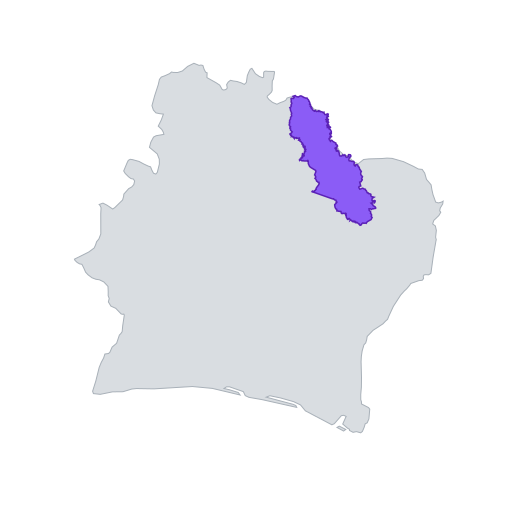 Tchologo, Savanes, Ivory Coast shown in context, rotated 18°
{"feature_id": "98640826B18937667882346", "entity_name": "Tchologo", "entity_type": "district", "adm_level": 2, "iso_a3": "CIV", "parent_name": "Ivory Coast", "parent_adm1": "Savanes", "projection": "mercator", "projection_center": [-4.919, 9.548], "detail": "fine", "context": "in_parent", "style": "filled", "palette": "violet", "viewbox_px": 512, "rotation_deg": 18, "n_neighbors": 0, "source": "geoboundaries", "source_scale": "gbopen_adm2", "svg_char_len": 9629}
<svg xmlns="http://www.w3.org/2000/svg" viewBox="0 0 512 512"><g transform="rotate(18 256 256)"><path d="M118.8,107.1L120.5,107.0L124.8,105.7L128.8,102.8L132.4,96.8L137.4,91.9L143.0,92.3L144.6,91.4L146.6,91.2L148.9,94.4L151.3,96.8L152.9,96.9L154.2,101.5L164.3,103.5L168.7,104.7L172.4,108.1L173.7,108.2L175.2,107.5L176.4,106.3L176.7,105.0L175.1,102.0L175.8,99.2L177.4,96.8L180.0,96.6L184.0,95.9L188.5,95.9L191.9,96.4L193.2,93.9L192.0,87.1L192.3,83.3L192.8,80.1L194.1,78.8L199.1,82.8L203.7,84.2L207.1,84.4L208.0,83.6L206.6,79.2L206.9,77.9L208.2,77.1L210.3,76.7L216.2,74.9L216.8,75.3L217.9,82.2L217.4,84.4L218.7,89.1L220.2,93.5L220.1,95.2L218.8,97.9L217.3,100.4L217.5,101.4L219.8,103.1L224.3,104.8L229.0,105.2L231.6,102.7L234.3,100.6L236.1,98.8L236.8,96.1L239.7,94.1L248.1,91.6L255.9,91.2L257.8,92.0L261.3,95.8L265.7,98.4L272.5,98.1L277.4,99.6L281.6,102.5L284.5,109.0L287.6,113.7L288.9,120.4L293.8,123.9L297.7,125.4L302.9,130.3L308.3,132.7L313.9,132.2L316.5,134.7L320.7,136.5L324.8,136.6L328.5,131.0L333.3,128.8L345.6,124.4L350.4,122.4L355.3,121.1L367.1,120.7L378.1,122.1L383.5,123.1L387.3,122.3L390.8,125.0L394.5,130.5L397.5,132.3L400.5,134.2L402.8,138.6L405.4,143.0L406.9,144.9L410.2,149.2L413.0,149.2L415.8,147.4L417.0,146.0L417.5,148.8L416.4,153.4L416.7,156.2L418.2,157.3L417.4,161.0L414.1,167.2L414.1,170.9L417.3,172.0L419.6,175.9L421.0,182.6L422.4,184.8L422.5,186.2L424.8,202.3L427.7,218.5L425.9,220.6L423.4,221.2L421.7,222.0L421.3,223.5L422.3,225.7L421.6,227.7L418.5,229.1L411.7,234.3L411.2,236.3L409.4,240.7L407.9,243.4L405.7,248.3L402.2,261.4L400.9,272.2L400.7,275.6L399.3,277.9L397.7,281.3L390.3,290.5L386.6,298.1L387.1,301.4L387.2,304.7L386.1,307.1L386.3,313.5L387.2,318.9L388.6,324.1L393.9,339.0L396.7,348.0L398.4,355.3L400.0,360.2L401.4,362.2L402.0,364.1L409.9,365.4L411.5,366.5L413.7,376.0L413.3,380.3L411.7,381.9L411.8,385.5L411.4,390.0L410.2,391.8L405.8,392.0L402.8,393.7L398.8,393.0L398.4,391.9L396.3,391.5L390.4,389.0L391.3,380.7L388.6,380.4L386.5,381.5L382.3,391.3L380.3,393.1L350.8,388.0L344.4,383.9L336.8,382.9L323.4,383.4L312.4,384.6L309.3,387.1L337.1,385.6L340.1,385.9L341.5,387.4L306.3,390.7L292.9,392.6L288.9,392.1L285.9,388.9L271.3,388.6L268.3,389.6L266.5,391.9L272.3,391.4L281.3,391.3L283.8,393.1L255.4,395.4L235.8,399.8L227.4,403.1L200.0,413.9L183.3,419.0L179.0,420.9L171.4,426.2L161.6,429.5L150.6,435.7L143.9,437.1L142.4,435.1L142.3,424.6L141.3,410.5L141.7,405.1L142.6,400.1L142.6,395.9L145.9,394.3L146.8,392.5L147.3,387.1L150.4,382.1L150.5,373.4L151.4,371.6L152.1,369.3L150.8,363.6L149.0,352.9L148.2,352.1L147.4,352.6L145.7,352.8L138.8,349.1L133.5,348.5L129.8,345.3L129.5,341.7L127.7,339.5L126.4,335.4L124.6,330.6L119.3,327.7L114.4,327.0L110.9,327.6L106.8,327.4L102.1,325.8L98.9,324.0L95.8,320.5L93.0,317.7L90.7,318.0L87.9,317.4L85.2,316.1L84.3,315.1L95.7,303.9L99.6,298.4L100.0,295.1L100.0,291.7L101.3,288.3L101.6,283.0L95.3,263.8L93.7,257.9L92.0,256.1L90.9,255.5L94.1,253.0L98.5,253.7L105.2,255.6L106.7,253.7L111.8,244.0L111.7,240.4L111.2,237.9L114.1,231.3L116.5,228.7L117.7,225.9L117.4,222.2L115.6,220.7L113.2,221.0L110.4,220.1L106.1,217.9L103.9,216.0L104.6,207.2L105.0,204.5L106.5,202.9L108.9,202.5L115.5,202.2L120.9,203.2L125.7,203.8L128.2,203.8L130.3,206.4L133.0,209.0L135.4,209.0L136.3,207.0L135.7,198.4L134.1,193.8L130.5,189.4L121.1,185.6L120.8,180.3L121.8,174.6L123.8,172.5L130.8,168.8L129.6,166.9L127.3,164.8L122.9,162.7L123.9,155.8L124.1,149.7L120.4,150.4L116.6,150.8L113.3,148.9L110.6,145.2L110.1,134.9L110.1,123.1L109.6,117.9L110.6,115.1L113.9,112.5L117.5,109.2L118.8,107.1ZM395.0,393.2L393.4,395.4L386.0,394.0L387.8,392.1L395.0,393.2Z" fill="#d9dde1" stroke="#a8b0b8" stroke-width="1"/><path d="M326.3,139.5L326.0,139.6L325.1,138.8L324.8,138.1L324.0,137.9L322.8,138.3L322.6,139.7L321.7,139.6L320.9,138.5L320.6,136.6L319.6,135.8L318.1,136.4L316.3,136.4L315.5,136.7L315.0,136.6L314.5,135.6L314.4,133.7L314.5,133.2L315.3,132.5L315.4,131.9L315.1,131.1L314.5,130.6L313.1,130.8L312.7,131.0L312.6,131.7L313.1,132.7L312.0,134.1L310.9,134.0L310.3,133.1L309.2,132.3L308.6,133.4L307.3,132.9L307.0,133.2L306.7,134.4L304.9,134.9L304.1,134.1L303.2,132.2L302.5,131.4L302.3,130.8L300.9,130.3L300.5,130.7L300.7,131.3L300.1,131.4L299.8,131.2L299.8,130.6L299.2,130.2L299.0,129.5L298.3,129.5L297.9,129.2L298.0,128.6L299.4,129.1L299.6,129.0L299.2,128.1L299.1,126.9L299.6,126.2L298.7,125.3L297.6,125.3L297.2,124.0L293.9,123.3L292.5,122.6L291.7,123.0L291.3,123.9L290.8,123.3L289.8,122.8L289.2,121.9L289.4,121.3L290.0,120.8L289.6,119.6L290.5,119.6L290.9,119.2L290.0,118.6L289.7,117.8L288.8,117.6L288.4,117.2L288.3,116.8L288.7,116.0L288.9,115.9L289.5,116.7L289.8,116.3L289.1,114.2L287.6,112.8L286.3,112.5L286.3,111.9L287.1,110.7L286.9,110.4L285.7,111.0L285.1,111.7L284.5,111.5L284.1,111.7L284.0,111.3L284.7,110.9L285.0,110.4L284.1,110.5L283.1,110.2L283.2,109.4L283.9,109.3L284.6,109.8L285.0,109.7L285.0,109.2L284.8,108.9L283.3,108.5L283.2,107.7L283.8,106.5L283.6,106.2L283.2,106.1L281.9,106.7L281.4,106.4L281.5,106.1L282.2,106.0L282.5,105.7L282.6,103.8L282.2,103.8L280.7,104.9L280.3,104.7L281.2,103.0L281.0,102.7L280.4,102.5L280.3,102.0L281.7,101.0L281.4,100.6L280.7,100.6L280.4,100.4L281.0,99.4L280.9,98.9L280.3,99.3L279.8,98.8L278.9,99.9L277.9,100.2L276.9,99.4L276.0,98.9L276.3,98.4L276.2,98.2L275.1,98.9L274.3,98.5L273.5,98.6L272.9,98.9L272.4,98.6L271.7,98.9L270.9,98.2L270.5,98.5L270.6,99.2L270.1,99.2L268.9,99.9L267.5,99.2L267.1,100.2L266.6,100.3L266.2,99.8L265.2,99.8L264.2,99.2L263.5,98.0L263.0,98.3L262.6,98.1L262.4,97.0L261.7,97.1L261.2,96.8L261.4,96.0L261.1,95.3L260.8,94.9L260.1,95.2L259.7,93.4L258.9,92.6L258.5,92.6L258.4,92.1L257.6,91.3L256.3,90.6L255.7,90.0L254.5,90.5L253.3,90.3L252.7,90.5L251.7,90.1L250.8,90.2L250.2,89.8L249.1,89.9L248.5,90.2L247.1,91.7L245.1,91.9L243.7,91.3L241.8,92.7L243.3,93.3L243.0,94.6L240.9,95.2L240.7,95.6L241.8,98.0L241.7,98.6L242.8,99.5L242.9,100.0L242.6,101.7L243.2,102.3L243.2,103.2L242.3,104.5L243.2,105.2L243.6,106.5L245.9,109.3L245.7,110.3L246.4,111.2L246.6,112.1L246.0,113.3L246.5,115.3L246.0,116.5L246.5,117.9L246.4,118.5L246.9,118.8L246.9,119.9L247.1,120.3L246.9,120.5L247.2,121.3L247.9,122.0L248.9,122.3L249.0,122.8L248.6,123.5L248.6,123.9L249.0,124.3L249.6,124.4L249.9,125.6L251.9,126.7L251.7,126.9L251.9,127.3L251.6,128.3L250.9,128.8L250.5,129.5L250.8,129.8L251.3,129.7L251.3,130.2L251.5,130.4L252.0,130.1L252.4,130.3L252.7,131.5L253.2,131.0L254.8,131.7L255.0,131.2L255.7,131.0L255.3,131.3L255.3,131.6L256.1,132.4L256.1,131.7L255.7,131.4L256.3,131.7L256.7,131.4L257.0,131.6L257.8,131.0L258.0,131.3L257.7,131.4L258.2,131.6L258.5,131.0L259.2,131.3L260.8,130.4L261.1,131.2L260.9,131.7L261.3,131.9L261.5,131.6L261.9,131.8L261.8,132.1L261.0,132.0L260.8,132.7L261.9,132.6L262.5,133.3L263.5,133.2L264.1,134.0L265.3,134.3L265.1,135.3L266.2,135.2L266.6,135.7L266.5,136.8L267.2,136.8L267.5,136.4L267.8,136.7L267.6,137.8L268.0,137.8L268.9,136.8L269.0,137.0L268.4,137.6L268.4,138.1L269.3,138.3L269.3,138.6L269.1,138.5L268.9,139.0L269.2,139.4L270.3,139.3L270.0,140.1L270.7,140.8L269.9,141.3L270.4,141.7L269.9,142.4L270.2,142.9L270.1,144.2L269.6,144.7L268.6,144.3L268.5,144.6L269.2,145.9L270.2,145.3L270.7,145.4L270.8,145.8L270.7,146.1L269.9,146.1L268.9,146.7L269.0,146.9L269.7,147.1L269.9,148.1L269.5,148.5L268.7,148.3L268.5,148.6L268.7,149.5L268.1,150.0L268.4,150.3L267.6,151.1L267.9,151.6L268.2,151.1L269.1,150.9L270.4,151.3L271.3,150.7L271.5,150.9L273.3,150.5L274.8,149.9L275.4,150.0L275.7,149.1L275.9,149.1L276.5,149.9L277.2,152.0L279.3,154.3L280.8,154.9L286.3,156.2L286.9,157.3L286.7,160.8L287.4,161.1L288.0,162.0L288.5,162.4L288.1,164.0L289.3,164.5L290.5,166.1L290.9,166.0L292.6,166.9L293.1,166.5L293.7,167.4L293.6,168.9L292.4,172.3L292.3,173.8L292.6,174.1L292.1,174.7L292.0,175.6L291.4,175.9L291.2,176.3L291.3,176.5L290.8,176.7L290.3,177.3L290.1,176.9L289.6,176.8L289.4,177.5L309.3,178.0L311.3,178.0L312.1,177.6L312.5,178.0L313.6,178.4L314.7,178.2L315.5,179.2L315.6,180.1L316.3,179.9L316.3,180.1L315.5,181.9L315.0,182.6L315.0,183.1L316.1,185.2L317.3,186.5L318.3,186.6L319.1,188.2L319.7,187.9L320.9,187.9L323.0,187.4L323.8,188.8L324.3,189.1L324.6,188.8L325.3,188.9L325.7,188.4L327.0,188.3L327.6,187.8L328.0,188.2L328.4,187.8L328.8,188.1L328.6,188.7L329.0,189.1L329.1,189.4L328.8,189.5L329.0,189.8L329.5,189.9L329.7,190.9L330.4,191.8L331.1,192.1L331.7,192.9L332.3,192.8L332.5,192.0L332.9,192.0L332.7,191.7L333.0,191.5L334.5,192.4L334.5,193.1L335.0,192.4L337.2,193.5L337.5,193.4L337.6,192.8L338.3,193.3L338.8,192.9L339.4,193.2L339.4,192.4L340.1,192.7L340.2,193.1L340.7,193.1L341.0,193.5L341.6,192.8L343.5,193.6L344.4,193.6L344.7,193.8L344.6,194.2L345.0,194.4L345.2,194.5L345.3,194.2L346.0,194.4L346.5,193.8L346.8,192.2L347.5,191.5L348.4,191.6L349.8,190.9L351.3,190.9L350.7,190.6L351.3,188.9L354.2,185.8L354.5,183.4L353.5,183.0L353.3,181.3L352.7,180.5L351.7,180.1L351.6,179.0L351.2,178.3L349.6,177.7L348.9,176.2L350.2,175.7L351.4,176.1L352.4,174.9L353.2,174.8L353.8,174.3L354.8,173.9L355.1,173.4L354.8,173.0L353.9,172.3L351.8,171.9L350.7,170.6L350.1,170.7L349.1,170.2L350.0,169.7L350.0,168.3L350.4,167.8L350.7,167.7L351.2,167.9L352.0,169.1L352.4,168.5L352.4,166.9L352.1,166.6L351.2,166.7L351.0,167.1L350.5,167.4L349.9,167.4L349.0,167.1L348.7,165.3L350.1,163.6L347.3,163.8L346.4,162.8L346.3,162.0L346.0,161.7L344.3,161.7L343.9,161.9L343.5,161.8L343.5,161.5L342.9,161.2L342.1,161.4L340.9,159.9L339.9,159.6L339.5,158.8L338.9,158.7L338.2,158.9L336.6,158.5L334.1,160.4L332.6,159.1L332.5,158.6L332.7,158.0L334.0,157.0L331.8,153.7L333.1,152.7L333.1,151.7L333.5,151.1L333.4,150.4L332.8,150.3L332.5,149.8L332.8,147.7L330.5,146.2L329.9,144.8L330.0,142.9L329.2,142.6L328.7,141.9L328.0,141.7L326.7,139.8L326.3,139.5Z" fill="#8b5cf6" stroke="#5b21b6" stroke-width="1.5"/></g></svg>